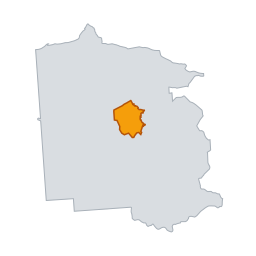 Gebrat Al Sheikh, North Kordufan, Sudan shown in context, rotated 266°
{"feature_id": "16777658B91752448930430", "entity_name": "Gebrat Al Sheikh", "entity_type": "district", "adm_level": 2, "iso_a3": "SDN", "parent_name": "Sudan", "parent_adm1": "North Kordufan", "projection": "mercator", "projection_center": [31.456, 15.37], "detail": "fine", "context": "in_parent", "style": "filled", "palette": "amber", "viewbox_px": 256, "rotation_deg": 266, "n_neighbors": 0, "source": "geoboundaries", "source_scale": "gbopen_adm2", "svg_char_len": 5817}
<svg xmlns="http://www.w3.org/2000/svg" viewBox="0 0 256 256"><g transform="rotate(266 128 128)"><path d="M177.1,207.2L174.7,207.2L174.4,206.7L174.5,205.1L174.7,203.9L175.6,202.1L175.4,201.1L175.5,199.6L174.9,198.0L169.2,193.2L168.1,191.9L165.0,190.7L165.6,189.3L164.3,179.5L164.9,178.4L165.1,176.7L165.1,175.2L165.8,172.6L165.9,171.6L159.8,171.5L159.8,172.6L160.0,173.8L160.0,174.3L151.6,174.3L155.0,178.2L155.1,179.8L154.9,181.9L155.0,183.3L155.2,184.2L156.1,185.9L156.0,186.2L155.8,186.6L149.8,191.7L148.8,194.1L148.0,195.3L146.3,197.4L140.8,202.9L139.9,203.2L135.7,203.4L135.3,203.6L135.0,203.8L134.8,203.8L131.3,200.6L125.3,196.7L121.3,198.7L120.2,199.5L120.2,201.3L119.6,202.3L118.5,203.3L115.6,203.9L114.1,204.5L112.3,205.5L110.5,207.3L110.4,208.2L110.6,209.0L100.4,208.9L99.8,208.3L98.3,205.4L97.3,205.6L88.1,205.3L86.7,205.6L84.1,206.8L82.8,206.9L81.4,206.4L76.6,200.7L75.5,200.1L74.4,198.7L73.4,198.1L73.0,197.7L72.9,197.1L72.9,195.8L72.6,195.0L71.8,194.9L65.3,196.2L64.4,196.0L63.0,196.3L62.5,196.5L62.0,197.2L61.9,198.8L61.7,199.6L61.2,200.4L59.4,202.4L59.0,203.2L59.0,205.3L58.9,206.4L58.6,206.9L57.8,207.7L57.5,208.2L57.2,210.9L56.2,212.5L56.0,213.1L55.9,214.3L55.7,214.6L52.8,215.6L51.7,216.2L51.0,217.1L50.9,217.5L49.6,217.2L48.0,216.9L44.9,216.6L43.7,216.2L43.1,215.5L43.3,213.9L43.0,213.6L42.5,213.3L42.2,212.6L42.2,211.7L43.8,209.8L44.2,208.8L44.6,204.0L44.5,202.6L43.2,199.9L40.2,195.3L39.5,194.4L35.8,190.6L35.4,190.0L34.5,188.4L35.5,184.9L35.5,183.9L35.3,182.9L34.4,182.1L33.5,182.1L32.4,181.1L31.7,180.7L31.1,179.9L30.6,178.7L30.9,174.5L30.7,174.0L29.8,173.8L29.6,173.5L29.6,172.7L29.1,170.3L28.5,168.4L28.8,167.3L28.0,165.8L26.5,165.2L23.6,165.7L22.6,165.6L22.0,165.3L21.6,164.8L21.3,164.1L21.6,163.1L22.4,161.4L23.4,159.9L25.6,158.6L26.1,157.9L26.5,157.1L26.5,156.2L26.4,155.2L26.1,154.4L25.5,153.2L24.9,151.8L24.9,150.9L25.2,150.3L25.8,149.5L27.9,147.9L30.0,146.6L30.4,146.2L30.3,145.6L29.3,144.6L29.0,142.5L28.4,141.1L29.5,140.0L30.3,139.6L31.6,139.3L32.1,138.8L32.2,138.0L32.2,137.1L32.6,136.5L33.3,135.2L33.8,134.6L35.4,133.0L35.8,132.0L35.9,131.1L35.4,128.2L36.4,126.9L37.6,125.9L39.4,126.0L42.1,125.8L43.9,125.3L45.3,125.4L48.3,125.9L48.6,125.7L48.8,124.9L48.7,68.6L61.3,68.6L61.4,41.4L140.6,41.4L141.3,41.3L142.5,38.7L143.0,38.5L143.8,38.7L144.1,39.3L143.5,41.4L212.6,41.3L212.7,44.5L213.3,47.0L215.2,50.5L216.9,52.4L217.5,53.5L217.5,54.0L217.5,54.4L217.0,53.9L216.1,53.5L216.0,55.2L216.4,58.6L217.1,61.0L216.6,63.2L216.7,66.9L217.5,71.3L217.4,74.2L218.8,80.8L220.2,84.4L221.0,85.3L221.8,85.8L223.5,86.1L225.9,88.0L227.9,89.9L228.5,91.0L229.5,92.1L230.1,91.9L230.5,91.6L231.1,92.5L234.2,94.4L234.7,95.3L233.6,96.2L232.3,97.8L231.7,99.2L231.3,99.6L230.3,100.5L230.1,101.0L229.7,101.2L229.2,101.2L228.2,101.7L227.2,101.6L226.3,101.8L225.9,102.2L225.2,102.5L224.1,102.6L222.5,103.8L221.2,104.4L220.7,104.9L220.0,107.3L219.4,107.9L217.4,108.0L216.4,108.2L215.0,107.9L214.3,108.0L214.1,108.5L213.9,110.5L213.9,111.4L212.8,113.7L213.1,118.1L212.0,121.3L211.8,122.1L210.7,124.6L210.1,125.6L208.7,130.4L208.1,131.9L206.9,133.4L208.2,144.9L207.1,148.5L207.2,150.4L206.5,153.2L205.9,154.5L205.0,156.1L204.2,157.8L203.5,160.2L203.1,164.5L202.9,164.9L199.2,165.5L198.1,165.8L197.3,166.3L196.4,167.4L194.5,170.5L193.5,172.4L192.0,175.0L190.2,176.8L189.8,177.7L189.5,179.3L188.9,181.9L188.3,183.8L188.4,185.3L187.8,187.9L187.9,189.1L187.3,189.8L186.4,190.5L185.9,190.7L183.3,188.9L181.6,190.1L180.4,191.8L179.6,193.5L180.1,197.0L180.0,197.8L179.8,198.7L178.1,202.2L177.6,203.8L177.1,206.6L177.1,207.2Z" fill="#d9dde1" stroke="#a8b0b8" stroke-width="1"/><path d="M136.9,115.0L136.7,115.9L136.5,116.5L136.3,117.6L130.1,119.9L127.0,119.5L123.3,121.4L121.5,123.9L122.0,125.4L122.8,128.2L121.4,129.3L118.2,131.6L118.2,133.1L120.0,134.2L122.5,136.4L122.8,138.5L121.1,139.8L120.6,140.3L122.7,141.3L123.5,140.6L124.9,141.0L126.4,141.7L127.3,142.0L128.2,142.3L128.5,143.2L129.2,142.8L129.7,143.0L129.4,144.3L129.6,144.9L129.9,145.3L130.1,145.4L130.4,145.3L130.7,144.7L130.8,144.3L130.9,143.7L131.5,143.6L132.1,143.3L132.4,142.6L132.5,142.6L132.8,142.3L134.4,141.7L134.7,141.4L134.9,141.6L135.0,141.6L135.0,141.2L135.7,140.8L136.6,140.8L137.2,140.8L137.6,141.4L137.9,141.7L138.1,141.4L138.4,141.5L138.5,141.3L138.5,141.0L139.0,141.0L139.6,141.9L141.6,141.9L141.8,142.2L141.9,142.3L142.4,143.2L142.0,143.6L141.9,143.8L141.9,144.0L142.0,144.1L142.3,144.1L142.6,144.1L142.8,144.2L142.9,144.3L143.0,144.3L143.1,144.2L143.2,144.3L143.3,144.5L143.5,144.7L143.9,145.0L144.0,145.1L144.1,145.3L144.2,145.5L144.3,145.5L144.5,145.5L144.7,145.4L144.7,144.8L144.7,144.7L144.7,144.4L144.7,144.2L145.0,143.6L145.1,143.4L145.3,142.8L145.4,142.5L145.4,142.2L145.5,142.1L145.5,141.9L145.6,141.6L145.6,141.3L145.6,141.2L145.6,140.9L145.6,140.4L146.3,139.8L146.4,139.7L146.5,139.6L146.7,139.4L146.8,139.2L147.0,139.2L147.1,139.3L147.4,139.5L147.6,139.6L148.0,139.3L148.5,138.9L148.8,138.7L149.1,138.4L149.2,137.9L149.3,137.5L149.4,137.1L149.3,136.8L149.3,136.7L149.5,136.7L149.8,136.8L150.0,136.1L150.0,135.8L150.1,135.6L150.6,135.6L150.9,135.6L151.1,135.6L151.3,135.6L151.3,135.4L151.6,135.4L151.6,134.8L151.2,134.8L151.2,134.5L151.3,134.5L151.4,134.4L151.6,134.4L151.9,134.2L152.0,134.2L153.8,133.4L154.0,133.3L154.2,133.2L154.3,133.2L154.6,133.1L154.9,132.9L155.1,132.8L155.2,132.7L155.0,132.4L154.9,132.0L154.7,131.7L154.2,130.7L154.0,130.2L153.6,129.4L153.3,128.9L153.0,128.2L152.8,127.7L152.4,126.8L152.2,126.4L152.1,126.0L151.9,125.7L151.7,125.4L151.1,124.5L150.7,124.1L150.6,123.7L150.4,123.3L150.2,123.0L150.1,122.7L150.0,122.4L149.6,121.4L149.4,121.0L149.0,120.1L148.9,119.8L148.4,118.7L148.3,118.4L147.9,117.5L147.7,117.1L147.4,116.3L147.2,115.9L147.0,115.5L147.0,115.4L146.9,115.2L145.3,115.0L143.3,115.0L142.2,115.0L138.9,115.0L137.9,115.0L136.9,115.0Z" fill="#f59e0b" stroke="#b45309" stroke-width="1.5"/></g></svg>